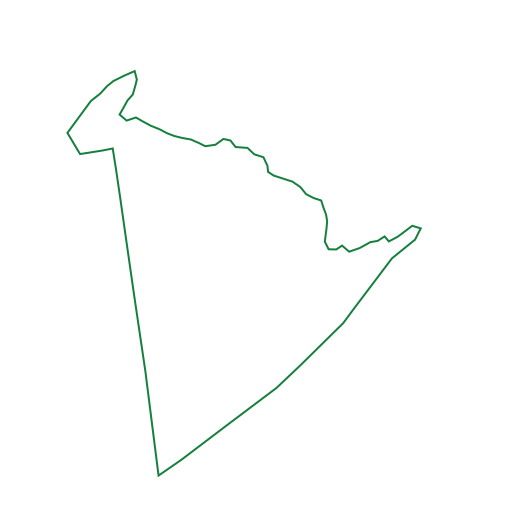 the district of Ichu, Bahia, Brazil, rotated 81°
{"feature_id": "56859067B55648901233948", "entity_name": "Ichu", "entity_type": "district", "adm_level": 2, "iso_a3": "BRA", "parent_name": "Brazil", "parent_adm1": "Bahia", "projection": "robinson", "projection_center": [-39.186, -11.716], "detail": "fine", "context": "isolated", "style": "outline", "palette": "green", "viewbox_px": 512, "rotation_deg": 81, "n_neighbors": 0, "source": "geoboundaries", "source_scale": "gbopen_adm2", "svg_char_len": 1086}
<svg xmlns="http://www.w3.org/2000/svg" viewBox="0 0 512 512"><g transform="rotate(81 256 256)"><path d="M457.6,386.6L445.6,361.6L418.8,311.6L389.5,256.4L371.0,229.4L335.9,180.3L323.3,167.5L279.6,122.1L264.7,96.3L254.5,89.0L250.6,96.9L254.8,104.8L259.2,113.2L262.4,122.5L256.8,125.9L260.1,133.5L260.2,140.9L264.4,152.5L266.3,163.3L259.2,169.4L262.1,175.7L260.7,183.2L252.6,185.8L240.4,182.2L232.8,180.3L226.2,180.3L218.3,181.9L211.4,182.9L207.7,190.1L202.8,196.8L195.0,201.3L188.3,208.3L183.3,218.1L179.3,226.0L174.8,230.9L168.8,230.6L159.6,233.2L155.3,241.8L147.9,247.5L145.2,259.1L137.9,263.2L135.3,269.9L139.8,278.7L139.6,289.0L135.6,294.5L130.7,302.2L128.0,310.1L124.8,317.7L120.8,324.7L115.9,331.2L110.9,339.5L105.3,346.9L100.4,352.9L102.0,362.6L95.0,368.6L88.6,363.5L82.2,358.5L77.3,352.5L69.5,348.8L63.2,346.1L54.4,346.9L57.3,358.1L60.9,369.5L64.9,376.5L71.2,384.4L77.1,394.9L104.9,423.0L118.9,417.4L127.8,413.8L127.8,391.2L127.4,380.7L134.7,380.7L146.9,380.7L175.9,381.0L219.9,381.7L274.3,382.5L352.6,383.3L457.6,386.6Z" fill="none" stroke="#15803d" stroke-width="2"/></g></svg>